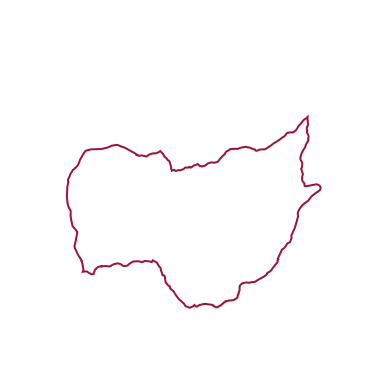 Rupea, Brasov, Romania, rotated 126°
{"feature_id": "2599482B21199067234878", "entity_name": "Rupea", "entity_type": "district", "adm_level": 2, "iso_a3": "ROU", "parent_name": "Romania", "parent_adm1": "Brasov", "projection": "robinson", "projection_center": [25.187, 46.055], "detail": "fine", "context": "isolated", "style": "outline", "palette": "rose", "viewbox_px": 384, "rotation_deg": 126, "n_neighbors": 0, "source": "geoboundaries", "source_scale": "gbopen_adm2", "svg_char_len": 5972}
<svg xmlns="http://www.w3.org/2000/svg" viewBox="0 0 384 384"><g transform="rotate(126 192 192)"><path d="M320.7,233.4L319.1,231.9L318.1,230.3L317.8,225.4L317.5,224.6L316.0,223.4L314.6,224.1L313.4,224.2L312.2,224.9L310.8,224.4L309.7,224.5L307.4,223.6L304.7,221.4L304.7,221.1L305.1,221.0L303.2,219.1L301.4,216.3L300.8,215.1L300.3,214.7L296.7,213.0L293.8,210.7L293.6,210.4L292.9,209.0L292.3,207.4L292.2,205.7L292.3,204.9L292.0,203.7L290.8,202.2L289.7,201.2L288.7,200.8L286.7,200.4L283.8,199.2L282.8,198.7L281.5,197.2L279.8,195.0L279.1,193.7L278.6,192.3L278.0,191.2L277.1,190.5L275.8,189.9L275.1,189.1L274.6,187.9L273.9,187.0L273.3,185.9L272.8,184.7L272.4,183.4L270.4,183.6L269.9,180.7L269.8,178.9L271.6,174.7L271.8,173.1L272.5,172.2L273.5,171.2L274.2,170.3L275.0,169.0L276.7,166.9L276.5,166.4L275.9,165.7L276.0,164.9L276.3,164.5L277.2,163.4L279.1,161.8L280.6,160.2L280.9,159.5L281.1,158.1L281.3,157.7L281.7,155.9L281.4,155.3L281.4,154.5L281.4,154.3L283.0,152.7L283.0,150.9L283.1,148.9L285.1,143.8L286.4,139.7L286.8,135.9L287.0,132.9L288.1,130.2L287.0,125.8L285.7,124.9L283.3,123.8L282.0,123.6L282.2,121.9L281.8,120.6L278.9,119.5L278.1,118.6L276.5,117.4L275.1,116.0L275.1,115.7L274.3,114.9L274.0,114.4L273.8,113.6L272.2,110.9L271.9,110.2L271.4,109.6L271.4,109.1L271.2,108.5L271.2,108.3L271.5,108.2L271.4,107.8L271.5,107.3L271.3,107.0L271.2,106.5L271.4,105.5L271.2,104.8L270.5,103.9L270.1,103.6L269.2,103.1L268.6,103.1L267.8,102.6L267.3,102.5L267.0,102.3L266.9,102.0L265.1,101.8L264.5,101.5L263.1,101.4L262.5,101.2L262.1,100.7L261.8,100.6L261.5,100.5L260.9,100.8L260.7,100.7L260.5,100.3L260.1,100.2L260.0,99.9L259.4,99.6L259.2,99.1L258.4,98.7L257.5,97.8L256.8,96.6L256.1,96.1L255.3,95.0L254.6,94.8L253.4,94.1L252.6,93.9L252.0,93.4L251.0,93.3L249.8,93.6L248.8,94.2L248.3,94.2L248.1,94.4L247.6,94.3L246.9,94.5L246.2,95.0L246.0,94.9L245.1,95.3L244.7,95.3L243.5,95.8L242.6,96.4L241.3,97.4L240.7,97.6L240.4,97.9L239.8,98.2L238.0,98.1L236.3,97.6L233.5,95.2L233.2,94.8L231.7,92.2L231.1,91.7L230.1,91.0L229.4,90.4L228.8,89.3L228.3,88.7L227.3,88.1L224.1,86.9L218.6,84.3L216.1,83.4L214.5,83.2L213.6,83.4L213.2,83.4L210.8,82.4L209.5,82.0L207.7,81.9L205.7,82.0L203.6,81.8L202.4,81.9L199.3,81.6L198.3,81.7L197.9,81.8L197.1,82.6L195.7,82.6L195.6,83.4L188.8,84.7L186.6,85.3L185.4,85.3L184.3,84.8L183.3,84.6L181.8,84.4L180.3,84.4L177.9,84.6L177.2,84.5L175.8,83.6L175.0,83.3L174.6,83.3L173.3,83.7L172.4,84.0L170.8,84.3L170.1,85.1L168.6,86.2L167.4,86.3L164.4,87.0L160.8,87.7L153.7,90.2L149.8,91.7L149.1,92.1L147.4,93.7L146.5,94.2L145.5,94.6L142.3,95.1L137.6,94.9L135.9,94.4L135.1,94.4L133.8,93.7L132.8,93.6L131.5,93.1L130.8,92.9L125.4,92.8L123.2,92.2L119.2,91.0L117.7,90.3L116.4,90.0L115.1,89.6L114.6,89.7L113.1,90.4L112.3,91.1L111.9,92.5L111.9,92.9L112.4,95.5L112.6,95.9L113.4,96.6L114.3,97.4L114.9,98.1L118.7,101.5L120.1,103.0L120.8,104.1L120.8,104.6L120.6,104.8L119.0,106.1L118.1,109.3L117.0,110.4L115.7,111.1L115.0,111.8L114.4,112.1L112.8,112.6L112.3,112.9L111.4,114.0L110.7,115.0L110.2,115.6L109.3,117.2L107.5,117.6L105.6,118.5L104.6,119.4L104.0,119.7L103.3,120.5L102.2,122.9L101.9,123.3L101.5,123.8L100.2,124.7L99.1,125.2L95.8,126.2L91.9,126.7L89.7,126.7L88.1,127.1L86.9,127.7L83.3,128.0L82.5,128.1L82.1,128.4L81.3,128.6L80.3,129.5L79.0,129.9L78.4,130.4L77.7,131.3L77.4,132.0L76.8,132.7L76.5,133.8L75.5,134.5L74.7,134.7L74.4,134.9L73.3,136.3L72.8,136.7L71.5,137.2L69.3,137.6L67.9,139.0L66.3,140.3L65.5,141.2L63.3,142.6L64.9,142.8L66.0,143.3L67.9,143.9L69.1,144.1L72.8,144.1L74.8,144.5L76.8,144.6L79.6,144.2L80.5,144.2L81.9,144.4L82.8,144.6L84.5,145.4L84.8,145.7L85.6,147.0L86.4,148.0L88.4,149.7L89.2,149.9L90.4,149.8L92.4,149.9L94.7,150.9L98.5,152.0L99.3,152.4L101.0,152.9L104.5,154.5L108.1,155.5L113.3,157.5L114.1,157.9L114.9,158.4L115.8,159.8L117.8,162.0L118.9,162.9L120.2,163.5L120.9,164.2L121.1,164.8L120.6,166.3L121.5,168.0L122.1,171.5L123.3,173.3L123.6,174.7L125.2,176.4L127.1,178.2L128.5,179.3L129.3,179.7L130.5,180.7L131.9,182.8L132.9,183.9L133.6,185.0L135.0,186.4L135.2,186.5L136.1,186.5L138.3,187.6L139.3,188.0L140.1,188.1L140.9,188.0L142.4,187.7L143.4,188.1L144.1,188.2L149.3,188.9L149.7,188.8L150.9,188.8L152.6,189.1L153.4,189.6L154.7,190.7L155.3,191.4L156.2,193.1L156.8,193.8L158.3,195.1L159.4,195.9L162.0,196.7L163.2,197.0L164.4,198.1L165.4,198.8L165.5,199.2L165.7,199.8L165.9,199.9L166.4,200.7L166.0,203.9L167.4,204.5L168.2,204.9L169.5,206.1L171.3,206.6L172.8,207.2L173.1,207.5L173.0,208.6L173.2,208.9L174.2,209.1L174.6,209.4L175.6,211.1L176.1,211.8L178.5,212.3L181.4,214.3L181.8,215.2L182.4,215.9L184.7,217.7L184.5,218.4L184.6,219.2L184.8,219.6L186.1,220.6L186.6,220.8L186.2,221.2L185.9,222.1L184.3,223.2L184.0,223.8L183.5,224.2L182.3,225.8L182.0,226.3L181.3,227.0L180.8,227.9L180.3,228.6L180.3,229.6L180.5,230.3L180.4,230.8L179.9,231.7L179.7,232.7L179.6,235.0L178.2,237.9L177.5,241.7L178.6,242.1L180.0,242.7L182.1,244.1L182.7,244.8L183.0,245.6L183.3,245.8L184.5,247.0L185.8,247.9L187.3,248.8L189.8,249.4L190.9,251.8L191.7,253.8L192.0,254.3L193.2,255.4L193.7,255.8L194.2,256.9L194.0,257.7L194.3,258.0L194.7,258.6L194.2,258.8L194.3,261.4L195.2,268.5L195.4,270.6L195.8,272.8L196.2,274.3L196.8,275.9L197.4,278.9L198.3,280.8L198.7,281.3L199.6,282.0L200.6,283.1L201.9,284.3L202.9,284.8L205.6,286.4L209.6,289.8L211.0,291.3L217.0,298.9L220.8,302.1L222.9,302.4L226.2,302.2L232.4,301.4L233.3,301.0L235.2,300.5L238.0,300.1L241.0,300.5L244.2,301.3L246.5,301.1L249.5,300.9L250.9,300.3L254.1,299.8L255.2,299.4L255.5,299.3L256.0,298.6L256.6,298.0L258.8,296.9L260.5,296.3L262.0,295.3L263.1,294.5L264.6,293.6L266.6,292.2L268.9,290.9L270.1,289.8L271.9,288.1L272.8,287.5L273.4,286.8L274.0,286.4L274.2,285.9L275.1,285.3L276.9,282.6L278.6,279.1L279.8,278.1L281.7,276.9L283.2,275.7L285.7,273.2L289.8,268.6L291.3,262.6L291.8,261.2L299.8,257.4L304.8,255.3L305.8,254.4L306.3,253.7L307.4,251.5L307.9,250.7L309.3,248.2L310.0,246.8L311.6,242.6L312.0,241.8L312.7,241.2L312.4,240.8L314.4,238.8L315.0,238.0L318.0,234.7L319.9,233.6L320.7,233.4Z" fill="none" stroke="#9f1239" stroke-width="2"/></g></svg>